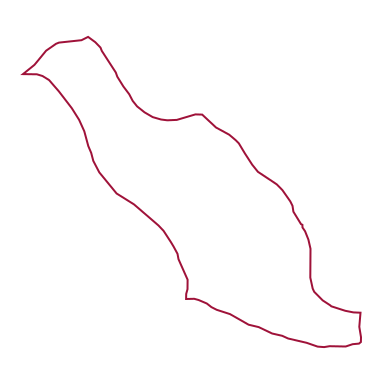 the district of San Miguel Acatán, Huehuetenango, Guatemala
{"feature_id": "79465075B13081043036874", "entity_name": "San Miguel Acatán", "entity_type": "district", "adm_level": 2, "iso_a3": "GTM", "parent_name": "Guatemala", "parent_adm1": "Huehuetenango", "projection": "robinson", "projection_center": [-91.621, 15.749], "detail": "fine", "context": "isolated", "style": "outline", "palette": "rose", "viewbox_px": 384, "rotation_deg": 0, "n_neighbors": 0, "source": "geoboundaries", "source_scale": "gbopen_adm2", "svg_char_len": 1240}
<svg xmlns="http://www.w3.org/2000/svg" viewBox="0 0 384 384"><path d="M360.9,342.0L361.0,337.2L359.3,326.8L360.5,312.7L353.4,312.4L345.3,310.8L331.3,306.3L330.2,305.3L322.7,300.4L314.2,291.8L312.7,288.6L310.3,277.6L310.5,248.8L308.4,239.6L305.1,231.3L302.5,227.5L302.4,224.8L301.0,224.1L293.4,211.7L292.5,205.8L290.3,201.4L282.4,190.1L276.8,184.4L257.9,171.8L252.2,164.7L245.0,153.6L238.8,143.3L235.6,140.1L229.2,134.7L216.0,127.5L202.2,114.6L195.4,114.4L176.8,119.9L167.3,120.3L161.0,119.5L152.7,117.1L144.5,112.3L137.1,106.4L132.7,100.9L129.2,94.2L123.4,86.5L117.3,76.7L115.8,72.5L101.8,50.9L100.5,47.6L95.3,42.2L88.1,36.9L81.5,40.2L59.0,42.6L56.0,43.8L46.1,50.7L37.9,60.7L34.4,64.9L23.0,74.1L36.9,74.3L42.5,76.0L49.1,80.1L58.9,91.4L71.8,108.2L79.1,119.8L84.3,131.3L88.3,146.1L91.2,152.9L93.3,160.9L99.3,172.4L116.6,193.5L134.0,204.4L158.5,225.5L163.6,230.9L170.9,242.1L173.6,246.6L177.5,253.8L178.5,259.2L187.6,279.7L187.5,289.2L186.2,293.9L186.1,299.0L194.2,298.8L198.6,300.0L206.8,303.5L211.4,307.1L216.7,309.8L230.0,314.1L248.6,324.7L258.7,327.1L272.1,333.5L282.2,335.8L288.1,338.5L306.6,342.8L317.6,346.6L324.1,347.1L329.6,346.2L345.7,346.5L352.6,344.2L359.0,343.6L360.9,342.0Z" fill="none" stroke="#9f1239" stroke-width="2"/></svg>